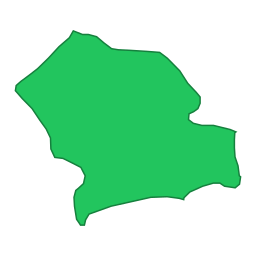 an SVG outline of Konče
{"feature_id": "MKD-2932", "entity_name": "Konče", "entity_type": "Statistical Region", "adm_level": 1, "iso_a3": "MKD", "parent_name": "North Macedonia", "parent_adm1": "", "projection": "robinson", "projection_center": [22.386, 41.511], "detail": "fine", "context": "isolated", "style": "filled", "palette": "green", "viewbox_px": 256, "rotation_deg": 0, "n_neighbors": 0, "source": "natural_earth", "source_scale": "10m", "svg_char_len": 1018}
<svg xmlns="http://www.w3.org/2000/svg" viewBox="0 0 256 256"><path d="M52.2,151.8L50.9,149.0L50.5,138.0L46.2,129.0L39.8,120.1L32.1,108.6L22.3,98.6L16.4,91.8L15.4,90.7L16.2,85.5L21.0,81.3L29.5,75.0L37.6,68.7L48.4,58.2L59.1,46.6L69.4,37.7L73.3,30.9L82.5,34.5L88.4,34.5L96.6,36.7L103.9,42.9L111.6,48.7L118.4,49.8L129.1,50.3L146.7,51.4L159.6,52.4L167.3,58.2L179.7,70.8L187.8,83.4L196.2,92.3L200.1,97.0L200.1,103.3L197.9,108.6L193.6,111.7L189.0,113.8L188.5,119.6L193.3,123.3L201.8,125.4L213.4,125.4L230.1,129.5L235.9,131.9L234.8,132.7L234.4,139.5L234.4,147.9L235.0,156.9L238.0,165.8L239.3,175.8L240.6,176.8L239.5,184.2L235.2,187.8L224.5,186.2L219.9,183.1L213.4,183.1L202.7,186.2L189.8,192.0L183.9,197.8L183.7,199.6L179.1,198.3L167.1,196.7L150.8,197.3L127.6,202.5L111.0,206.2L89.0,214.1L85.6,219.8L84.4,225.1L80.5,225.1L79.3,223.2L76.6,219.3L74.5,206.2L74.0,197.3L75.8,190.4L78.3,188.4L83.5,183.6L85.2,175.8L80.9,167.4L73.7,163.7L63.0,158.4L54.8,157.4L52.2,151.8Z" fill="#22c55e" stroke="#15803d" stroke-width="1.5"/></svg>